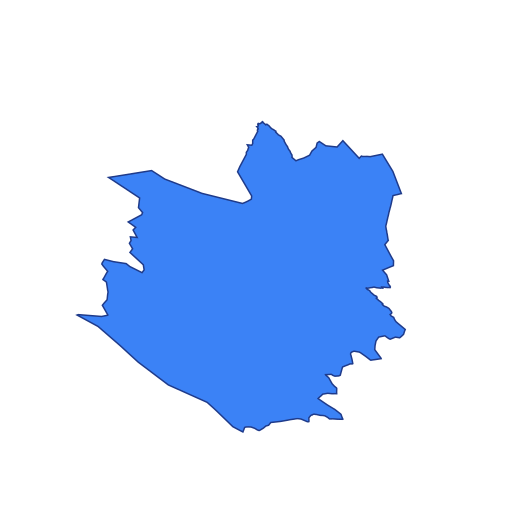 outline of Grane nor, Nordland, Norway, rotated 35°
{"feature_id": "86288312B42207661783439", "entity_name": "Grane nor", "entity_type": "district", "adm_level": 2, "iso_a3": "NOR", "parent_name": "Norway", "parent_adm1": "Nordland", "projection": "natural_earth1", "projection_center": [13.588, 65.442], "detail": "fine", "context": "isolated", "style": "filled", "palette": "blue", "viewbox_px": 512, "rotation_deg": 35, "n_neighbors": 0, "source": "geoboundaries", "source_scale": "gbopen_adm2", "svg_char_len": 5929}
<svg xmlns="http://www.w3.org/2000/svg" viewBox="0 0 512 512"><g transform="rotate(35 256 256)"><path d="M143.3,407.0L167.0,404.3L196.0,407.3L220.3,410.5L258.1,411.9L296.7,404.5L299.9,403.9L307.5,404.8L312.5,405.5L326.3,407.7L328.9,408.1L334.9,409.1L346.2,407.7L345.4,404.3L345.1,403.4L345.2,402.6L345.8,401.9L347.7,400.4L349.3,399.4L350.1,398.9L353.8,397.9L356.8,397.7L358.6,397.2L358.8,397.0L359.3,396.1L360.0,394.5L360.5,393.5L360.9,392.3L361.6,389.6L363.4,387.4L363.6,383.9L371.0,377.4L373.6,374.8L374.5,373.9L376.2,372.2L377.6,370.7L380.7,367.8L382.1,366.4L383.2,365.5L383.8,365.1L385.1,364.4L386.3,363.8L386.9,363.6L393.1,362.3L393.9,361.8L394.3,361.3L393.8,360.5L392.5,358.8L392.1,358.1L392.3,355.6L392.6,354.5L393.1,354.2L393.7,352.8L394.8,351.9L395.3,351.8L396.5,351.1L400.0,349.7L402.4,348.2L403.7,347.6L404.1,347.4L407.5,347.1L409.7,347.3L412.4,345.3L414.4,344.1L416.4,342.9L420.3,340.3L420.5,340.1L420.7,339.8L419.0,338.8L416.5,337.0L416.0,336.9L408.9,336.5L399.6,337.1L388.6,337.2L388.7,336.3L389.6,332.7L389.9,330.9L390.1,330.7L393.4,327.4L394.4,326.8L397.3,325.2L399.9,323.3L400.7,322.8L401.1,322.5L400.2,321.4L398.9,319.4L398.0,318.1L397.6,317.9L394.9,317.7L391.6,317.0L385.4,314.0L381.3,313.5L381.0,313.3L383.6,311.3L384.5,310.6L385.3,309.9L385.9,309.7L387.4,309.7L389.2,309.3L389.8,309.0L392.5,306.8L393.3,305.6L393.4,305.2L393.2,304.8L392.7,303.4L392.4,302.6L390.6,297.5L390.6,297.2L392.3,294.5L393.7,292.5L394.9,290.4L395.5,290.1L397.0,288.9L397.0,288.6L393.8,285.5L391.9,283.9L391.4,283.4L389.8,282.2L389.5,281.7L389.3,281.0L389.3,280.5L389.5,279.9L390.6,278.1L391.2,277.6L395.6,275.5L396.9,275.3L403.4,275.3L409.5,275.6L409.9,275.4L411.9,273.5L412.7,272.8L417.4,268.3L417.0,268.0L407.8,264.9L406.8,264.4L406.3,263.4L405.0,261.3L403.5,257.9L403.2,257.3L403.0,256.3L403.0,252.1L403.6,251.4L407.2,247.6L407.9,247.4L409.7,247.5L411.9,247.5L413.3,247.3L413.6,247.2L413.8,247.0L414.1,246.5L415.1,245.0L416.7,242.5L417.1,242.3L420.6,240.6L421.2,238.5L421.8,235.5L420.9,232.7L420.4,230.6L415.0,230.1L411.1,229.8L408.4,229.5L406.7,228.9L406.0,228.5L405.3,228.2L404.0,227.3L401.1,227.6L400.4,227.4L399.8,227.1L399.4,227.0L399.5,226.6L399.8,225.8L399.9,225.4L399.9,225.0L399.7,224.5L399.4,224.2L397.5,223.4L396.8,223.3L395.4,222.8L394.7,222.7L393.1,222.8L391.6,223.0L390.9,223.2L390.3,223.5L389.5,223.5L388.0,223.4L387.5,223.3L387.7,222.9L387.4,222.5L387.1,222.3L386.3,222.3L384.8,222.1L384.2,222.0L382.3,222.0L381.8,222.1L381.4,221.9L381.1,221.9L380.6,221.7L379.9,221.8L378.9,221.6L379.2,221.2L379.0,220.9L379.0,220.6L378.8,220.4L378.1,220.1L378.0,219.9L377.0,220.0L375.7,220.3L374.2,220.3L373.4,220.1L371.4,220.0L370.1,219.7L369.4,219.3L368.7,219.2L368.3,219.2L367.8,219.3L367.4,219.3L366.9,219.5L366.2,219.5L365.5,219.3L364.9,219.2L364.6,219.1L364.6,218.9L365.1,218.8L366.0,218.3L366.9,217.4L367.9,216.3L368.5,215.8L369.3,215.1L370.0,214.2L370.4,213.9L370.6,213.7L373.0,212.8L376.6,210.8L376.8,210.6L377.0,210.2L378.2,209.7L378.3,209.6L378.1,209.5L377.5,209.4L377.0,209.2L377.6,208.9L377.7,208.7L378.1,208.4L378.4,208.3L378.8,208.0L380.1,207.4L380.4,207.3L380.8,207.0L382.2,206.2L382.6,205.8L382.9,205.6L383.2,205.5L383.4,205.3L383.6,205.2L384.0,204.9L383.8,204.6L383.8,204.4L383.3,204.3L383.2,204.2L383.4,204.1L383.2,203.8L382.5,203.7L382.2,203.5L381.6,203.4L381.2,203.2L380.8,203.1L380.6,202.9L380.4,202.8L379.2,202.2L378.2,201.1L379.2,200.5L373.8,196.5L367.8,195.0L371.5,189.1L374.1,185.1L371.4,181.0L366.2,178.5L355.0,172.8L355.4,167.3L354.7,166.8L350.8,162.7L350.1,162.2L348.5,160.4L347.2,159.3L346.7,158.7L345.4,157.4L345.0,156.7L344.1,154.3L343.0,151.7L342.1,149.4L341.8,148.8L341.7,148.5L341.1,146.8L340.0,144.3L338.7,140.7L338.3,139.8L338.1,139.0L336.9,135.9L335.5,132.6L334.2,129.3L333.6,128.1L333.7,127.8L335.8,125.4L336.5,124.7L338.6,122.2L339.3,121.5L319.6,108.2L301.1,100.1L292.6,109.1L290.2,110.5L286.3,113.3L285.0,113.7L284.5,116.8L261.0,111.7L259.9,120.2L250.0,125.7L242.2,125.9L241.3,128.4L242.9,132.6L241.6,137.9L242.1,142.7L238.9,148.4L235.6,152.7L234.1,155.1L228.9,154.6L228.4,153.6L227.3,152.5L226.4,152.2L225.4,151.7L224.8,151.4L224.2,150.9L223.7,150.6L222.1,150.1L221.4,149.9L219.3,148.6L219.2,148.4L218.1,148.0L216.9,147.6L213.3,145.8L212.5,144.9L207.8,143.6L204.9,143.9L204.5,143.9L203.7,143.6L202.9,143.6L202.4,143.4L201.2,143.3L201.1,143.0L200.8,142.4L199.2,142.5L198.0,142.4L196.4,142.7L194.2,142.5L193.2,142.2L192.5,142.0L191.9,141.9L189.3,141.8L189.2,142.1L189.1,142.3L188.8,143.0L188.7,143.0L187.8,142.8L185.8,142.7L185.3,142.6L185.2,142.6L185.1,142.4L184.9,142.3L184.2,142.3L184.2,142.5L184.4,142.8L184.1,143.1L184.3,143.3L184.3,143.6L184.0,144.0L183.9,144.1L183.6,144.4L183.6,144.5L183.6,144.9L183.6,145.0L183.3,145.4L183.2,145.5L182.4,145.9L181.9,146.0L181.7,146.3L182.0,146.6L182.0,147.0L182.3,147.2L182.3,147.3L182.7,147.3L182.8,147.6L183.1,147.8L183.2,148.4L183.1,148.5L182.9,148.8L182.9,149.0L183.2,149.2L183.1,149.3L182.9,149.4L182.6,149.6L183.3,149.8L184.3,150.3L184.5,150.3L184.5,150.5L184.8,150.7L184.7,150.8L184.8,150.9L184.8,151.8L185.0,152.2L185.2,152.4L185.9,152.8L187.1,161.7L186.8,162.9L186.9,163.1L188.8,165.8L189.0,167.7L185.1,169.9L187.7,171.2L188.1,172.9L188.6,174.2L188.6,176.6L189.8,178.3L191.5,192.1L192.6,197.6L218.0,209.3L219.6,212.1L217.8,215.8L216.3,218.4L214.8,220.7L175.8,235.7L137.2,245.3L121.5,245.9L90.2,276.2L127.4,275.2L132.0,283.8L138.2,285.5L138.7,287.8L131.8,301.4L141.0,301.5L140.4,305.2L148.0,309.0L142.1,312.4L144.8,315.0L145.0,318.2L150.8,320.9L150.7,325.4L168.7,327.8L172.3,331.5L172.2,335.0L158.7,337.0L154.0,336.7L142.5,342.4L133.8,345.7L133.9,348.2L133.9,349.5L134.0,349.9L134.3,351.0L136.8,351.9L143.3,353.6L143.4,356.0L144.0,361.3L144.0,362.6L144.1,363.1L147.8,363.1L148.6,363.3L153.0,367.9L153.8,368.8L154.6,369.5L155.5,370.4L156.6,372.7L159.0,377.0L159.1,377.4L159.1,377.5L158.6,381.6L158.4,384.5L168.5,389.3L168.4,389.7L164.2,394.1L144.5,405.7L144.0,406.0L143.3,407.0Z" fill="#3b82f6" stroke="#1e3a8a" stroke-width="1.5"/></g></svg>